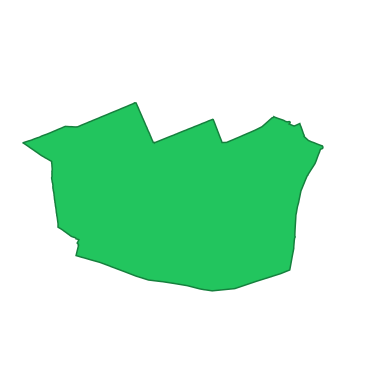 Salcia, Mehedinti, Romania, rotated 338°
{"feature_id": "2599482B75915062228014", "entity_name": "Salcia", "entity_type": "district", "adm_level": 2, "iso_a3": "ROU", "parent_name": "Romania", "parent_adm1": "Mehedinti", "projection": "equal_earth", "projection_center": [22.928, 44.139], "detail": "fine", "context": "isolated", "style": "filled", "palette": "green", "viewbox_px": 384, "rotation_deg": 338, "n_neighbors": 0, "source": "geoboundaries", "source_scale": "gbopen_adm2", "svg_char_len": 4956}
<svg xmlns="http://www.w3.org/2000/svg" viewBox="0 0 384 384"><g transform="rotate(338 192 192)"><path d="M329.7,197.7L329.3,197.4L327.5,195.8L325.1,193.5L324.3,192.7L323.9,192.3L322.8,191.3L322.7,191.2L321.6,190.3L321.3,190.0L320.4,189.0L319.8,188.4L319.2,187.8L318.9,187.2L317.8,184.8L316.9,182.9L316.7,182.4L317.1,181.9L317.2,181.0L317.1,179.8L317.4,175.4L317.3,174.9L317.4,174.6L317.5,172.6L317.5,172.0L317.4,170.7L317.6,168.9L313.4,169.1L311.4,169.1L310.3,168.1L307.5,165.3L307.9,165.1L308.9,164.5L309.1,164.1L309.1,163.8L309.0,163.6L308.7,163.2L308.1,163.0L307.0,162.8L306.4,162.5L305.7,162.0L305.0,161.5L304.8,161.1L304.2,160.3L303.2,159.3L299.8,156.4L296.6,153.5L296.1,152.8L295.8,153.1L295.5,153.2L295.2,153.4L294.4,153.2L294.1,153.2L290.1,154.6L288.8,155.1L287.3,155.6L286.0,156.1L281.3,157.7L273.9,158.3L270.6,158.4L267.5,158.5L265.6,158.5L262.1,158.6L260.6,158.6L259.0,158.7L255.0,158.8L252.9,158.8L249.6,158.9L246.7,158.9L242.7,159.0L238.9,157.6L238.3,157.4L238.3,157.2L238.5,156.1L238.5,155.5L238.5,151.0L238.6,146.9L238.6,144.8L238.7,143.6L238.6,143.1L238.7,142.5L238.7,140.4L238.8,137.1L238.8,136.1L238.8,133.0L238.8,132.8L238.6,132.6L238.3,132.6L238.2,132.5L238.2,132.4L237.0,132.4L233.9,132.3L232.0,132.4L229.5,132.4L226.6,132.3L225.6,132.4L224.3,132.4L223.8,132.4L221.2,132.4L218.7,132.3L216.9,132.4L211.8,132.3L209.7,132.4L207.9,132.3L205.5,132.3L200.8,132.3L199.9,132.4L198.2,132.3L196.7,132.4L192.7,132.3L191.2,132.3L184.6,132.3L183.2,132.3L179.6,132.3L176.0,132.3L175.8,132.3L175.7,132.4L175.5,131.8L175.2,131.8L174.8,131.8L174.6,131.6L174.6,129.5L174.5,128.7L174.5,124.8L174.4,123.9L174.5,122.3L174.4,120.8L174.3,119.3L174.2,118.8L174.2,118.4L174.3,118.1L174.2,117.0L174.3,115.5L174.1,113.0L174.1,111.4L174.1,110.8L174.1,110.5L174.0,107.1L174.0,105.9L173.9,105.1L173.9,104.3L173.9,102.6L173.8,100.3L173.8,99.5L173.8,98.6L173.7,97.3L173.7,95.6L173.7,93.9L173.6,91.8L173.5,88.5L173.3,88.4L173.2,88.3L172.7,88.1L172.3,87.9L172.3,88.1L169.2,88.1L166.4,88.1L163.7,88.2L162.7,88.2L160.0,88.2L157.6,88.2L155.6,88.3L151.1,88.3L149.5,88.3L146.1,88.3L142.6,88.4L140.8,88.4L138.2,88.4L135.5,88.4L133.1,88.5L130.4,88.5L126.4,88.5L125.1,88.6L123.2,88.5L120.4,88.6L118.5,88.6L114.4,88.6L112.6,88.7L110.1,88.7L109.8,88.6L109.6,88.6L109.4,88.4L108.8,88.2L108.5,88.1L108.2,88.0L106.1,87.0L105.2,86.5L103.5,85.8L102.4,85.3L101.0,84.6L99.5,83.9L99.1,83.7L98.5,83.7L98.0,83.7L96.9,83.7L95.7,83.8L92.6,83.8L90.9,83.8L88.7,83.9L86.5,83.9L82.9,84.0L79.2,84.0L74.7,83.8L73.3,83.8L72.5,83.9L71.3,84.0L70.4,84.0L68.9,83.8L68.1,83.8L66.1,83.7L63.7,83.7L63.3,83.8L63.2,83.8L62.8,83.7L62.5,83.7L61.8,83.7L61.3,83.6L60.5,83.6L59.6,83.4L59.0,83.4L54.8,83.1L54.0,83.1L53.8,83.2L55.0,84.9L57.5,88.7L58.7,90.6L61.0,94.0L62.1,95.8L63.1,97.2L64.6,99.6L65.9,101.6L66.8,102.8L67.5,103.6L68.7,105.3L70.1,106.9L71.0,108.1L73.2,110.9L73.3,111.1L72.7,112.7L72.4,114.1L71.9,115.4L71.6,116.4L70.9,118.6L69.6,120.9L69.5,121.5L69.2,122.2L69.0,122.5L68.0,125.2L67.3,126.0L67.1,126.4L67.0,126.8L66.8,127.7L66.5,129.1L66.1,130.5L66.1,130.9L66.1,131.4L66.0,131.9L65.8,132.7L65.5,133.9L65.0,134.9L64.4,136.7L64.3,137.6L63.9,138.9L63.9,139.4L63.8,139.8L63.7,140.3L63.8,140.6L63.6,141.0L63.4,141.7L63.3,142.1L63.2,142.5L62.8,143.6L62.7,144.1L62.7,144.5L62.5,145.0L62.3,145.6L61.8,147.2L61.4,149.3L61.0,150.4L60.9,151.5L60.7,151.9L60.6,152.4L60.1,154.0L60.1,154.3L59.8,155.9L59.6,156.5L59.4,157.4L58.4,160.7L58.4,161.4L58.1,162.4L57.8,163.3L57.7,164.1L57.6,164.5L57.5,164.9L57.5,165.4L57.3,165.8L55.9,171.3L54.6,174.4L54.6,174.5L55.6,175.7L56.2,176.5L57.8,178.7L58.7,180.3L59.9,182.1L61.2,184.3L62.0,185.4L62.2,185.9L63.4,187.8L64.2,188.6L66.7,190.7L67.0,191.1L66.9,192.0L67.4,192.3L69.2,193.7L68.8,194.2L68.0,195.0L67.6,195.4L66.4,196.3L66.4,196.5L67.0,197.7L67.0,198.2L66.6,198.5L66.8,199.0L63.4,203.7L60.7,207.5L65.8,211.6L66.3,211.9L67.1,212.5L72.5,216.8L79.8,222.4L87.3,229.2L88.2,230.0L88.5,230.4L99.4,240.4L108.8,249.2L118.7,257.3L130.1,263.6L131.3,264.2L132.1,264.7L141.5,270.3L152.6,277.1L163.0,284.8L166.8,287.2L167.6,287.6L173.7,291.2L195.5,297.6L217.8,298.9L243.7,300.9L253.4,300.9L255.1,298.3L260.9,289.1L265.2,282.5L265.8,281.0L267.2,278.2L268.7,275.2L269.8,273.3L270.1,273.0L270.5,272.7L270.8,272.3L270.9,272.0L270.8,271.5L271.9,268.9L273.5,265.4L275.3,261.6L277.9,256.2L279.7,252.3L280.1,251.7L281.0,250.4L282.2,248.4L284.2,245.2L285.9,243.0L286.9,241.7L288.3,239.5L290.5,236.2L292.2,233.6L293.5,231.7L295.6,229.6L297.5,227.6L299.4,225.7L300.6,224.4L302.0,223.0L304.0,221.0L304.7,220.3L305.9,219.7L306.6,218.8L306.9,218.7L308.3,217.7L310.8,215.9L314.1,213.6L316.6,211.8L318.9,209.5L321.0,207.1L323.1,204.8L324.6,203.3L324.8,203.1L325.3,202.6L326.0,201.7L326.3,201.3L326.7,201.0L326.9,200.8L327.3,200.6L327.5,200.5L327.8,200.5L328.1,200.5L328.4,200.6L328.6,200.6L329.0,200.6L329.5,200.4L329.9,200.1L330.1,199.5L330.2,199.3L330.2,198.9L330.2,198.6L330.2,198.4L330.1,198.2L329.8,198.0L329.6,197.8L329.7,197.7Z" fill="#22c55e" stroke="#15803d" stroke-width="1.5"/></g></svg>